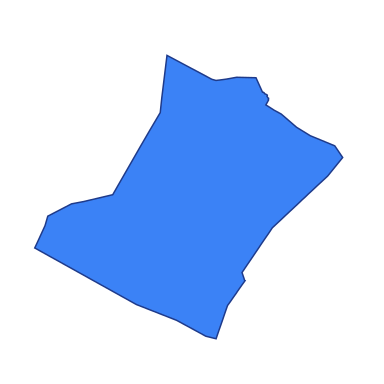 Gurvantes, Ömnögovi, Mongolia, rotated 302°
{"feature_id": "93677404B48845282063548", "entity_name": "Gurvantes", "entity_type": "district", "adm_level": 2, "iso_a3": "MNG", "parent_name": "Mongolia", "parent_adm1": "Ömnögovi", "projection": "equal_earth", "projection_center": [101.209, 43.334], "detail": "fine", "context": "isolated", "style": "filled", "palette": "blue", "viewbox_px": 384, "rotation_deg": 302, "n_neighbors": 0, "source": "geoboundaries", "source_scale": "gbopen_adm2", "svg_char_len": 1533}
<svg xmlns="http://www.w3.org/2000/svg" viewBox="0 0 384 384"><g transform="rotate(302 192 192)"><path d="M118.1,96.1L95.1,82.5L85.6,85.2L67.0,87.6L61.2,88.3L67.1,204.5L75.0,246.9L76.3,268.1L77.0,280.1L80.3,290.2L88.8,288.2L94.6,286.9L100.3,285.6L104.9,284.5L110.1,283.3L114.6,282.3L118.9,282.6L125.1,282.9L129.9,283.2L130.0,283.2L131.7,283.2L139.1,283.6L145.0,284.0L145.0,283.6L145.1,283.2L146.2,282.0L150.2,277.1L159.2,277.4L168.8,277.8L174.6,278.0L179.6,278.2L183.9,278.3L191.2,278.6L197.5,278.9L204.2,279.1L212.1,281.2L215.0,282.0L221.2,283.6L227.2,285.2L234.3,287.1L241.1,288.9L243.6,289.5L247.8,290.7L251.9,291.7L255.1,292.6L262.7,294.6L270.0,296.6L277.4,298.6L278.2,298.7L285.5,299.6L292.9,300.5L296.0,300.9L301.1,301.5L306.8,288.6L302.4,262.4L302.3,246.4L305.4,226.3L304.9,218.3L305.0,212.2L305.0,208.5L310.4,208.2L310.6,207.9L310.8,207.8L310.9,207.7L311.1,207.7L311.4,207.7L311.5,207.7L311.8,207.4L312.1,207.2L312.1,206.8L312.1,206.6L312.1,206.4L312.3,206.1L312.4,205.9L312.6,205.4L312.8,205.0L312.9,204.9L313.0,204.9L313.5,204.8L313.8,204.7L314.0,204.6L314.1,204.4L314.1,204.1L314.1,203.6L314.1,203.1L314.0,202.7L314.0,202.3L313.9,202.0L313.9,201.6L313.9,201.4L313.9,201.2L314.0,201.1L314.2,200.9L314.3,200.7L314.4,200.4L314.4,200.1L314.4,199.8L314.3,199.6L314.3,199.4L314.1,199.2L314.0,198.9L322.8,185.7L312.9,169.0L306.0,161.4L301.6,156.1L299.3,153.2L298.1,149.1L294.6,98.4L255.6,116.6L242.5,123.0L222.2,123.5L203.5,124.1L147.7,126.2L126.5,105.2L118.1,96.1Z" fill="#3b82f6" stroke="#1e3a8a" stroke-width="1.5"/></g></svg>